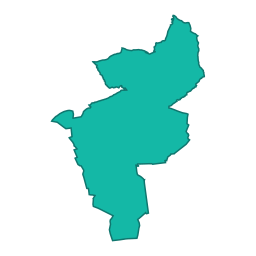 Fagaras, Brasov, Romania (Robinson projection)
{"feature_id": "2599482B59919238366937", "entity_name": "Fagaras", "entity_type": "district", "adm_level": 2, "iso_a3": "ROU", "parent_name": "Romania", "parent_adm1": "Brasov", "projection": "robinson", "projection_center": [24.974, 45.842], "detail": "fine", "context": "isolated", "style": "filled", "palette": "teal", "viewbox_px": 256, "rotation_deg": 0, "n_neighbors": 0, "source": "geoboundaries", "source_scale": "gbopen_adm2", "svg_char_len": 5661}
<svg xmlns="http://www.w3.org/2000/svg" viewBox="0 0 256 256"><path d="M198.8,48.7L198.5,48.3L198.1,47.2L197.7,45.6L198.4,43.2L198.4,42.6L197.4,41.3L196.9,39.5L196.7,37.6L197.0,36.5L197.8,35.9L197.4,35.7L195.3,33.8L193.8,33.3L190.5,31.4L190.8,28.4L190.0,25.3L188.8,22.7L187.7,22.6L185.2,23.0L183.5,22.5L181.5,20.7L180.3,20.5L178.8,19.7L177.0,18.5L175.9,16.8L174.3,15.6L173.2,15.4L172.8,16.2L173.3,16.8L173.7,18.2L173.5,19.3L172.9,18.8L172.2,18.7L171.6,19.3L172.0,20.1L172.9,20.9L172.6,21.5L171.8,22.1L172.7,22.9L172.5,23.8L171.5,24.5L170.5,25.0L170.6,25.6L167.9,31.4L167.3,34.3L166.9,35.7L166.3,37.2L165.6,38.6L165.4,40.0L164.5,40.8L163.5,40.7L162.3,41.0L161.7,41.5L161.1,42.4L160.5,42.3L159.8,42.6L158.5,42.9L157.5,43.1L156.2,42.8L156.0,43.3L155.7,43.7L155.9,44.3L155.8,44.9L155.4,45.9L154.8,46.7L154.1,47.1L154.4,47.6L154.4,48.3L154.6,49.5L154.2,50.1L153.9,50.9L154.5,51.1L155.1,51.7L155.0,51.9L153.8,52.0L152.6,52.9L152.0,53.0L149.7,54.1L146.2,52.7L147.2,52.3L144.1,50.7L143.1,50.5L141.7,50.0L139.6,49.9L138.9,49.6L135.6,49.9L133.3,49.9L132.4,50.4L131.7,50.6L129.6,50.4L127.6,50.0L126.3,49.6L124.8,48.7L124.4,48.7L123.6,48.3L122.0,48.0L122.0,48.7L121.8,49.5L121.3,51.3L121.2,51.9L120.7,52.5L120.2,52.9L119.4,53.3L119.1,53.4L118.9,53.3L118.2,53.6L117.9,53.6L117.5,53.5L117.2,53.5L116.4,54.0L116.1,54.1L114.3,54.4L110.6,56.2L109.8,56.8L108.2,58.6L107.5,59.1L106.1,59.6L104.3,60.0L103.0,60.0L102.5,60.1L99.2,61.0L98.1,61.5L97.5,61.7L96.6,61.9L93.0,61.8L93.3,62.3L94.7,63.4L95.7,64.7L95.9,64.8L96.2,65.0L96.8,65.1L97.0,65.3L97.1,65.7L97.0,66.0L96.6,66.6L96.6,67.2L96.8,67.6L96.9,67.9L97.1,68.0L97.4,68.0L97.6,68.0L97.7,68.3L97.8,68.5L97.9,69.0L97.8,69.6L97.9,69.9L98.0,70.1L99.1,71.3L99.2,71.6L99.4,71.8L99.8,72.3L100.0,72.7L100.2,73.2L100.2,73.6L100.1,74.0L100.2,74.4L101.5,75.0L102.2,75.5L102.4,75.8L102.4,76.2L102.4,76.7L102.6,77.0L103.1,77.4L103.2,77.6L103.2,78.6L103.4,78.9L103.6,79.2L103.8,79.4L104.1,79.5L104.3,79.7L104.4,80.0L104.3,80.9L104.4,81.0L104.9,81.2L105.0,81.3L105.1,81.7L105.3,82.2L105.3,82.8L105.3,83.1L105.4,83.6L105.5,84.0L105.6,84.3L105.7,84.6L106.0,84.8L106.4,85.0L106.9,85.4L107.0,85.5L107.0,85.8L107.3,86.2L107.6,86.5L108.2,86.9L108.4,87.2L109.2,87.9L109.6,88.1L110.0,88.1L111.5,87.4L112.0,87.2L112.4,87.2L113.3,87.7L113.6,87.8L114.1,87.7L114.3,87.6L114.5,87.5L114.9,87.6L115.2,87.3L115.4,87.2L115.7,87.2L115.9,87.0L116.2,86.9L116.4,86.9L118.0,87.4L118.4,87.8L118.9,87.8L119.1,87.6L119.2,87.2L119.3,87.0L119.6,86.7L120.1,86.2L120.7,85.7L121.3,85.6L121.5,85.7L121.7,85.9L121.9,86.2L121.9,86.5L121.7,86.7L121.7,86.9L121.8,87.1L122.3,87.5L122.6,87.6L123.1,87.8L123.7,88.3L124.0,88.8L124.4,88.9L124.5,88.8L124.7,88.2L124.8,88.1L125.0,88.0L125.8,88.9L126.5,89.6L126.7,90.1L124.0,90.2L122.9,90.2L121.7,90.2L121.1,90.4L120.9,90.5L120.5,91.3L120.0,91.7L119.0,92.1L117.0,93.1L116.2,93.7L115.4,94.2L113.7,94.8L113.0,95.5L112.3,96.0L111.7,96.2L111.5,96.4L110.3,96.6L109.0,97.6L107.9,98.2L106.2,98.8L105.7,99.1L105.0,99.2L103.8,99.6L102.9,99.9L102.1,100.0L101.4,100.4L100.3,100.6L100.0,100.8L98.7,101.1L96.5,102.0L95.8,102.1L94.8,102.2L94.6,102.3L94.6,102.6L94.4,102.7L92.0,103.0L91.8,103.1L91.6,103.2L91.2,103.9L90.3,104.8L89.3,105.1L89.0,105.1L89.1,105.3L89.4,105.8L89.7,106.1L90.2,106.3L90.6,106.7L90.8,106.8L90.8,107.0L90.3,107.9L88.4,108.1L87.4,108.5L86.5,109.0L84.4,110.7L83.8,111.4L83.4,111.9L83.3,112.2L83.2,113.1L83.0,113.5L82.0,115.4L81.1,116.8L73.1,118.2L73.0,117.7L73.4,115.0L73.4,114.2L73.3,113.4L73.0,112.5L72.8,111.2L71.1,110.7L69.5,110.4L68.0,110.5L66.0,111.0L64.2,111.5L62.5,112.3L60.0,113.6L56.8,116.0L56.0,116.4L55.5,116.8L52.3,120.1L51.7,121.2L55.0,121.8L57.1,122.2L57.5,122.4L63.8,127.2L65.9,128.7L71.1,128.0L72.0,136.6L69.2,137.7L69.5,138.3L72.7,142.1L74.0,144.5L74.2,145.1L74.0,145.6L74.0,145.8L75.4,146.9L77.0,148.9L74.1,149.9L77.2,157.3L75.1,158.2L78.0,164.5L80.0,165.8L81.1,165.8L83.7,170.2L83.7,171.3L83.2,172.8L82.9,173.8L82.9,174.6L83.8,177.2L86.8,188.4L88.4,188.5L88.8,190.9L89.2,194.6L90.9,194.9L92.2,194.9L95.0,195.5L93.1,198.7L93.4,199.2L93.0,204.3L93.4,206.4L98.1,208.2L113.1,215.7L111.4,218.9L110.8,219.2L110.2,220.2L110.3,220.6L110.1,221.5L110.4,223.3L110.5,224.4L109.4,229.7L110.3,233.8L111.6,237.7L112.6,240.6L120.4,239.7L125.6,238.9L127.8,238.7L136.9,238.3L137.7,235.5L137.9,234.5L138.9,228.1L139.6,225.7L139.2,222.9L138.5,221.3L137.7,219.5L141.3,216.5L145.5,212.8L145.6,213.4L146.1,213.4L146.6,213.7L148.4,213.1L144.4,183.3L144.2,180.9L144.5,179.7L143.8,179.8L143.3,178.8L141.4,177.1L139.8,176.0L138.1,175.2L137.3,174.2L136.7,171.4L136.2,166.3L136.3,166.2L138.4,166.1L138.4,165.8L136.1,165.9L135.9,165.2L137.7,165.1L137.6,164.0L139.4,164.0L149.1,163.7L151.8,163.7L152.6,164.2L165.5,162.6L165.0,160.6L165.8,160.4L166.6,160.7L167.8,156.9L170.1,155.3L170.8,154.5L170.8,154.1L174.4,153.7L174.6,153.3L186.1,144.3L189.6,139.9L188.1,138.8L187.8,137.5L188.7,135.2L188.1,133.8L187.6,133.8L186.1,131.5L188.7,125.0L187.0,123.7L187.4,117.3L188.0,114.2L186.7,113.6L182.5,112.8L180.2,112.0L177.4,111.0L174.7,109.9L171.0,108.5L168.9,108.0L168.9,106.3L171.1,105.6L172.6,104.3L173.5,103.3L174.3,103.1L176.0,101.7L176.9,101.4L176.6,100.2L177.9,99.6L178.6,100.1L180.2,99.5L180.4,98.5L181.2,98.4L181.8,97.7L182.8,97.1L183.7,97.1L184.4,96.3L184.9,96.3L185.4,95.3L186.8,94.8L186.8,93.0L187.3,92.3L188.4,92.0L190.0,91.1L190.5,91.1L192.8,88.4L193.7,88.4L194.8,87.0L195.8,87.0L196.5,85.5L195.9,85.3L195.9,83.9L199.0,81.4L199.6,79.7L200.7,78.4L201.5,78.4L202.3,77.2L204.3,76.6L204.3,76.0L203.8,73.7L203.8,72.4L203.3,71.6L203.3,70.4L202.1,69.3L201.8,68.6L201.2,68.0L200.0,67.2L198.6,63.9L198.8,62.8L198.2,60.6L198.0,57.8L198.0,56.7L197.7,56.1L198.0,52.5L198.8,50.8L198.8,48.7Z" fill="#14b8a6" stroke="#0f766e" stroke-width="1.5"/></svg>